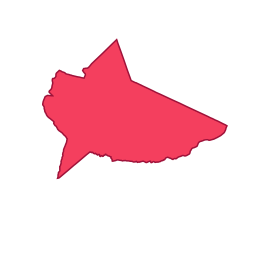 Mandera South, North-Eastern, Kenya (Mercator projection), rotated 295°
{"feature_id": "3690345B27349371945501", "entity_name": "Mandera South", "entity_type": "district", "adm_level": 2, "iso_a3": "KEN", "parent_name": "Kenya", "parent_adm1": "North-Eastern", "projection": "mercator", "projection_center": [40.637, 2.72], "detail": "fine", "context": "isolated", "style": "filled", "palette": "rose", "viewbox_px": 256, "rotation_deg": 295, "n_neighbors": 0, "source": "geoboundaries", "source_scale": "gbopen_adm2", "svg_char_len": 5658}
<svg xmlns="http://www.w3.org/2000/svg" viewBox="0 0 256 256"><g transform="rotate(295 128 128)"><path d="M163.1,62.7L160.9,62.6L160.2,63.7L159.5,65.0L159.1,66.2L158.0,67.0L156.3,67.0L154.6,67.1L154.5,66.7L154.3,65.9L154.0,64.8L153.8,63.5L153.5,62.1L153.1,60.9L152.4,57.5L151.9,55.1L151.9,54.3L151.8,54.0L151.8,53.8L151.6,53.2L151.5,52.2L151.5,51.7L151.2,50.8L151.1,50.2L151.0,49.8L150.9,49.1L150.9,48.7L151.1,48.1L151.3,47.6L151.4,47.3L151.3,45.9L151.1,44.8L151.1,44.3L151.3,43.6L151.2,41.4L149.4,40.7L147.7,40.0L146.9,39.9L146.4,40.0L146.2,40.0L145.5,40.4L144.7,40.6L144.2,40.9L143.7,40.8L143.4,40.8L143.2,40.7L142.0,40.3L141.8,40.0L141.4,39.7L141.3,39.3L141.1,38.9L140.5,38.8L140.3,38.8L140.1,38.9L139.0,39.3L138.3,39.8L137.6,40.4L136.9,40.8L136.2,41.0L134.0,41.4L132.4,41.9L131.8,42.0L130.5,41.9L129.8,41.7L128.7,41.1L128.0,41.1L127.3,41.2L127.0,41.7L126.7,42.5L126.4,43.3L126.1,44.2L125.7,45.0L125.6,45.7L125.5,46.1L125.4,46.2L125.3,45.9L125.1,45.5L124.5,44.0L123.6,41.5L123.3,41.0L122.8,40.8L121.7,39.8L121.5,39.7L120.9,39.7L120.0,39.7L119.0,39.8L117.9,39.8L116.8,39.9L115.9,40.0L114.8,40.3L113.7,40.6L113.1,40.9L112.6,41.5L112.3,42.2L111.6,43.1L111.1,43.4L110.5,43.7L110.0,43.9L109.7,44.2L109.4,44.6L108.9,45.0L108.2,45.3L107.8,45.8L107.5,46.1L106.9,46.7L106.7,47.3L106.4,47.7L106.3,47.8L106.0,48.0L105.8,48.2L105.6,48.4L105.5,48.5L104.9,49.5L104.5,50.1L104.2,51.0L103.9,51.9L103.7,53.0L103.5,54.0L103.2,54.9L102.8,56.7L102.6,57.4L102.5,57.9L102.2,58.3L101.8,58.5L101.2,58.5L100.7,58.8L100.4,59.2L100.0,59.8L99.7,60.3L99.5,60.7L99.3,61.1L99.3,61.6L99.2,62.2L98.9,62.6L98.6,63.0L98.3,63.4L97.9,64.0L97.4,64.5L97.1,64.9L96.4,66.7L96.2,68.0L95.7,70.5L94.7,72.6L94.0,75.0L93.5,75.8L92.6,77.1L92.5,77.5L91.8,77.6L91.3,77.7L90.6,77.9L89.9,78.1L89.1,78.3L88.9,78.3L88.5,78.4L87.8,78.4L87.0,78.4L86.7,78.4L86.5,78.5L86.2,78.5L85.1,78.6L84.0,78.6L82.2,78.7L81.6,78.7L81.2,78.8L80.6,79.0L80.1,79.2L79.6,79.4L79.4,79.5L79.2,79.5L78.7,79.5L78.2,79.5L77.9,79.6L77.0,79.8L76.3,80.0L76.0,80.4L75.7,80.6L75.2,80.7L74.9,80.7L74.5,80.7L73.4,80.7L73.1,80.8L72.5,81.1L72.0,81.2L71.3,81.2L70.7,81.2L70.1,81.4L69.8,81.5L69.5,81.4L69.2,81.6L68.7,81.8L68.4,82.0L68.2,82.1L67.8,82.3L67.1,82.3L66.7,82.4L65.9,82.5L65.5,82.6L65.0,82.6L64.5,82.5L64.1,82.5L63.7,82.7L63.4,82.9L62.8,83.2L62.3,83.4L62.0,83.5L60.9,84.1L60.4,84.3L60.0,84.3L59.6,84.2L58.9,84.0L58.8,83.9L58.4,83.8L58.0,83.9L57.9,83.9L57.2,84.2L56.6,84.3L55.9,84.4L55.5,84.6L54.9,84.9L54.2,85.2L53.5,85.3L52.7,85.4L53.2,86.1L53.8,86.7L63.9,91.4L71.9,95.0L72.4,95.3L77.1,97.5L86.5,101.8L90.3,103.7L90.2,104.1L90.3,104.6L90.5,105.0L90.7,105.4L90.4,105.7L90.5,105.9L90.8,106.1L91.0,106.4L90.7,107.0L90.5,107.5L90.5,108.0L90.5,108.5L90.7,108.8L91.0,109.0L91.3,109.3L91.2,109.7L90.9,110.1L90.8,110.5L90.9,111.0L91.1,111.4L91.1,111.6L90.7,111.8L90.9,112.2L91.7,112.7L91.9,113.2L91.6,113.7L91.4,113.8L91.1,114.0L90.8,114.1L90.7,114.2L90.5,114.5L90.5,114.9L90.7,115.3L91.2,115.4L91.7,115.6L91.8,116.0L91.8,116.4L91.6,117.0L92.0,117.5L92.4,117.6L92.8,117.5L93.2,117.8L93.5,118.4L94.1,118.5L94.5,118.6L94.8,118.9L94.5,119.2L94.4,119.8L94.5,120.5L94.5,120.8L94.3,121.2L94.4,122.2L94.6,122.7L94.6,123.1L94.5,123.7L94.5,124.2L94.7,124.7L94.3,125.0L94.2,125.0L93.7,125.1L93.4,125.6L92.9,126.6L92.5,127.1L91.8,127.4L91.4,127.6L91.4,128.0L92.0,128.9L92.4,129.4L93.0,130.2L93.5,130.8L94.0,131.1L94.6,131.9L94.9,132.6L95.1,133.5L95.3,134.3L95.5,135.0L95.8,135.6L95.8,136.3L95.8,136.7L95.9,136.9L96.5,137.7L96.9,138.5L97.3,139.0L97.5,139.6L97.5,140.3L97.8,140.8L98.0,141.4L98.2,142.0L98.5,142.5L98.6,143.0L98.7,143.6L99.0,144.5L99.2,145.1L99.5,145.7L99.5,146.6L99.5,147.3L99.8,147.8L100.0,148.3L100.3,148.8L100.7,149.3L101.2,149.5L101.3,149.9L101.2,150.2L100.9,150.7L100.9,151.2L101.4,151.7L101.7,152.2L101.9,152.7L102.1,153.2L102.7,153.4L102.9,154.0L103.2,154.3L103.8,155.0L104.2,155.6L104.4,156.0L104.4,156.4L104.4,157.1L104.4,157.9L104.3,158.5L104.4,159.1L104.8,159.7L105.9,160.6L107.3,162.0L107.3,162.5L106.7,163.0L106.4,163.6L106.8,164.2L107.8,164.8L108.3,165.2L108.5,165.7L108.4,166.5L108.3,167.1L108.6,167.5L108.9,167.9L109.3,168.6L109.6,169.2L110.0,170.0L110.5,170.5L110.9,170.9L111.3,171.5L112.0,171.9L112.6,172.3L113.0,173.1L113.6,173.6L114.1,173.6L114.4,174.0L114.5,174.4L115.1,174.7L115.9,174.7L116.4,174.8L116.9,175.0L117.3,175.3L117.9,175.9L118.3,176.4L118.4,178.9L118.6,179.4L118.5,180.0L118.4,180.7L118.4,181.3L118.5,182.0L119.0,182.2L119.5,182.7L119.9,183.0L120.2,183.4L120.3,184.4L121.1,185.0L121.9,185.3L122.6,185.7L123.4,186.3L124.1,187.2L124.6,187.7L125.2,188.3L125.9,188.8L126.3,189.4L126.6,190.4L126.6,191.0L126.8,191.5L127.1,192.0L127.9,192.8L129.0,193.6L130.4,194.6L130.9,194.7L131.7,194.6L132.3,194.5L132.8,194.3L133.4,194.2L134.1,194.4L134.7,194.4L135.7,194.5L136.4,194.6L137.1,195.0L138.1,196.2L139.6,197.5L140.2,198.0L140.8,198.3L143.0,198.2L143.7,198.1L144.4,198.2L145.2,198.4L145.9,198.8L146.5,199.4L147.2,200.2L148.2,201.3L148.9,201.8L149.9,203.0L150.8,204.6L151.0,205.1L151.1,206.0L151.1,206.6L151.6,207.4L154.3,210.6L156.3,212.2L157.0,212.8L160.3,215.2L162.8,216.4L164.1,217.0L165.2,217.2L167.6,217.2L168.8,217.0L169.5,216.8L170.7,216.8L171.8,216.8L172.0,214.9L172.0,212.4L172.1,209.4L172.2,206.3L172.1,203.5L172.2,200.8L172.1,198.2L172.2,195.5L172.2,192.6L172.2,189.9L172.2,187.1L172.2,181.4L172.2,178.8L172.2,171.4L172.3,164.4L172.2,157.2L172.2,153.1L172.2,150.2L172.2,143.3L172.1,137.9L172.2,136.6L172.3,129.5L172.3,124.0L172.4,116.0L172.2,115.5L172.3,110.8L173.8,109.3L180.5,102.6L187.5,95.9L194.1,89.4L200.8,82.7L202.5,81.2L203.3,80.4L197.4,78.1L185.4,73.6L170.9,67.9L167.2,67.0L165.2,66.1L164.8,65.4L164.4,64.6L163.6,63.5L163.1,62.7Z" fill="#f43f5e" stroke="#9f1239" stroke-width="1.5"/></g></svg>